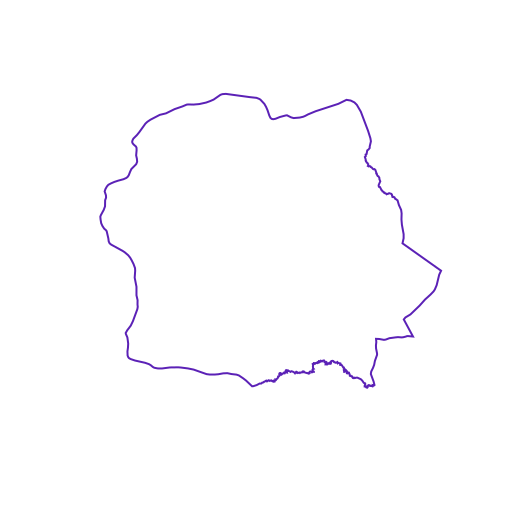 outline of Pakham, Buri Ram, Thailand, rotated 62°
{"feature_id": "78962969B25022287440202", "entity_name": "Pakham", "entity_type": "district", "adm_level": 2, "iso_a3": "THA", "parent_name": "Thailand", "parent_adm1": "Buri Ram", "projection": "orthographic", "projection_center": [102.732, 14.398], "detail": "fine", "context": "isolated", "style": "outline", "palette": "violet", "viewbox_px": 512, "rotation_deg": 62, "n_neighbors": 0, "source": "geoboundaries", "source_scale": "gbopen_adm2", "svg_char_len": 6110}
<svg xmlns="http://www.w3.org/2000/svg" viewBox="0 0 512 512"><g transform="rotate(62 256 256)"><path d="M400.8,155.2L381.4,155.3L380.4,152.9L380.1,147.1L376.6,134.8L373.8,127.2L372.0,120.1L370.6,115.8L369.5,113.8L366.6,110.2L358.5,103.0L355.9,99.5L313.6,120.7L309.6,117.3L306.0,115.4L296.9,112.5L292.0,110.4L286.7,107.4L283.4,106.2L278.1,105.9L273.3,104.9L272.4,105.4L271.8,105.5L271.1,106.2L270.0,106.3L269.5,106.1L268.7,106.5L268.4,107.1L267.8,107.3L268.0,107.7L267.9,107.8L267.2,107.4L266.6,107.6L265.8,107.2L264.7,107.3L263.0,109.0L263.1,110.5L262.7,111.0L262.8,111.7L261.6,112.1L261.0,112.8L260.4,112.8L260.3,113.2L259.0,113.4L258.4,114.0L257.4,113.9L256.5,114.3L255.7,114.2L253.3,114.2L252.8,114.9L251.6,114.8L250.7,114.1L248.4,111.2L246.2,111.0L244.9,110.4L243.1,110.5L242.6,111.0L241.7,111.1L240.0,110.7L239.6,111.1L239.0,110.7L236.0,110.2L234.9,110.6L234.7,111.4L234.0,111.9L232.1,112.3L231.4,112.9L230.6,112.9L230.0,113.4L229.8,114.5L229.1,114.9L229.0,114.6L227.6,113.8L227.1,114.0L226.2,113.9L225.5,114.4L224.7,114.3L224.1,114.5L223.8,114.2L223.0,114.3L222.2,113.8L219.7,113.4L219.3,112.1L217.9,111.6L217.9,110.5L215.0,108.2L214.8,106.7L214.0,104.9L212.7,104.2L208.7,100.7L205.7,99.7L198.1,98.3L177.8,95.7L169.9,96.0L166.6,97.0L163.2,99.4L160.6,102.8L160.3,111.9L156.2,135.3L155.4,143.5L155.4,146.9L155.2,149.0L154.3,152.4L151.9,158.0L150.1,159.9L146.3,162.6L145.8,164.0L144.5,169.6L144.0,174.3L143.3,176.6L142.3,177.8L140.8,178.4L138.2,178.3L132.8,177.4L129.1,177.1L125.6,177.2L120.0,178.7L118.7,179.5L116.6,181.3L112.8,186.9L98.7,206.5L97.3,209.7L97.0,211.7L98.0,220.0L97.7,223.8L97.1,228.0L95.2,234.8L92.9,240.2L90.4,244.6L89.8,246.1L89.4,250.7L88.1,258.9L87.8,268.5L86.2,274.7L86.1,285.1L86.5,288.9L87.2,291.5L91.9,301.0L93.3,304.3L94.8,309.2L95.8,310.6L96.7,311.5L97.5,311.9L98.7,312.0L100.1,311.7L103.0,310.6L104.4,310.7L106.6,311.8L110.9,314.6L114.2,315.5L117.0,316.7L118.7,318.7L120.7,325.2L122.5,327.6L125.0,330.5L125.9,332.3L126.2,333.9L126.0,336.9L124.8,342.2L124.1,346.2L123.8,349.9L123.8,352.9L124.6,355.0L126.2,357.5L127.9,359.3L132.0,360.0L134.1,361.0L135.9,363.0L141.3,366.0L143.8,368.8L147.1,373.8L148.2,375.0L150.8,376.1L154.4,377.3L157.4,377.5L160.6,377.2L162.6,376.4L164.0,376.2L171.1,378.1L174.0,379.2L176.1,379.3L178.0,378.5L189.0,371.3L191.0,370.2L195.3,368.5L198.4,367.9L201.5,367.8L205.5,367.9L209.9,368.5L212.3,369.6L218.2,373.3L227.1,376.0L234.6,380.0L239.4,381.3L243.2,383.4L245.4,384.3L247.3,385.8L255.7,395.2L258.7,399.3L261.1,404.5L262.8,407.2L263.8,407.5L267.5,407.8L270.0,408.7L273.4,410.0L276.7,412.0L279.9,414.3L283.6,416.1L285.3,416.3L286.5,416.1L288.1,415.1L291.5,411.9L298.2,404.1L301.2,401.3L303.0,400.2L305.5,399.2L306.9,398.3L309.1,395.6L311.1,392.0L314.0,384.3L317.8,376.9L319.2,374.7L323.3,368.9L327.0,364.4L337.1,355.1L338.8,352.7L341.2,348.3L342.7,344.8L344.2,340.1L346.0,336.3L348.7,333.1L351.6,328.9L353.4,327.2L357.9,324.8L361.2,323.3L369.2,320.6L369.7,319.4L370.3,316.0L370.3,312.7L371.1,311.1L370.7,310.0L371.1,308.8L370.8,308.1L371.0,307.6L370.8,306.0L370.9,305.2L371.1,305.0L371.6,305.3L371.9,305.2L371.7,303.0L372.8,302.5L372.9,301.0L373.8,300.7L375.1,299.7L374.9,299.1L374.2,299.4L374.3,298.9L375.5,298.4L375.2,298.0L374.6,297.7L374.7,297.2L374.2,296.9L374.8,296.5L374.3,295.6L374.2,294.6L373.5,293.4L372.8,293.1L373.0,292.4L372.5,290.9L371.7,291.1L371.1,290.9L371.0,290.6L371.7,289.8L370.7,289.7L370.9,289.2L372.7,289.0L372.3,287.4L372.5,287.0L372.2,286.3L373.0,286.0L373.1,285.7L372.2,284.8L373.4,283.4L372.3,283.1L371.9,283.6L371.4,283.8L371.0,283.4L370.9,282.9L371.5,282.4L371.7,281.9L372.4,282.1L372.2,281.6L372.3,281.3L373.0,281.1L373.6,280.4L374.5,280.0L374.4,278.8L375.4,277.8L376.8,276.9L377.7,276.7L377.3,276.2L377.3,275.5L377.1,274.8L377.5,274.5L377.9,275.1L378.1,275.2L378.3,274.8L378.0,274.7L378.1,274.3L379.0,274.0L379.2,272.5L379.9,272.2L379.7,271.6L380.3,270.2L379.9,269.3L380.7,269.0L380.4,268.0L381.7,267.6L383.2,266.1L383.3,265.7L384.5,264.9L384.7,264.5L384.7,263.8L383.8,263.7L383.4,262.6L383.8,261.6L385.0,261.3L385.1,260.6L384.9,260.0L385.4,259.3L385.2,259.2L384.3,259.8L382.8,259.4L382.6,259.0L382.7,258.1L382.0,258.3L380.2,257.6L379.7,257.1L378.0,256.6L378.3,255.6L377.7,255.2L377.9,254.9L378.7,255.0L378.9,254.8L378.9,254.5L378.4,253.9L378.9,252.9L378.7,252.0L379.5,251.8L379.5,251.4L379.1,251.1L379.4,250.9L379.4,250.5L378.4,249.8L378.9,249.2L379.5,249.4L379.4,248.6L378.8,248.4L378.8,248.1L379.6,248.0L379.5,247.5L380.1,247.0L380.2,246.7L379.8,246.3L380.1,245.0L381.7,244.7L382.1,245.3L382.4,245.2L382.8,244.8L382.6,243.7L382.8,243.6L383.6,243.8L383.7,244.5L384.4,245.4L385.1,244.3L384.9,243.8L385.2,243.6L385.2,243.3L384.5,243.0L384.8,241.8L385.2,240.9L386.0,241.2L386.2,240.6L385.6,239.9L385.4,239.9L385.0,240.4L384.7,240.3L384.3,239.5L384.5,238.9L384.2,238.5L384.5,237.6L385.1,237.0L386.3,236.9L386.7,236.3L387.4,236.1L387.8,235.5L387.8,234.0L389.0,234.2L388.9,233.7L389.2,233.2L390.2,232.6L390.4,232.1L391.7,232.8L391.9,232.5L391.6,232.1L391.7,231.8L392.7,231.5L395.1,231.3L395.7,230.8L396.2,231.2L397.4,230.7L397.8,230.9L397.7,231.6L397.8,232.0L398.3,232.1L398.8,232.0L399.6,232.6L399.9,232.2L399.9,231.3L399.0,231.0L398.6,230.6L398.8,230.2L401.5,229.6L401.7,229.8L401.7,230.5L402.2,230.8L402.7,230.2L402.3,229.5L402.7,228.7L403.5,228.9L404.4,228.8L405.8,229.4L406.1,229.2L406.3,228.5L406.8,228.4L407.3,227.7L407.7,227.7L408.2,227.9L409.3,227.7L409.6,227.3L409.4,226.5L410.2,226.1L410.4,224.8L411.0,223.6L414.0,221.3L415.9,220.7L418.6,220.4L419.7,219.4L420.4,219.6L421.2,220.7L422.2,221.3L422.6,220.6L423.7,220.4L424.5,219.7L424.4,219.3L423.6,219.4L423.1,219.0L423.4,218.4L422.9,217.8L422.9,217.0L423.1,216.8L423.6,217.0L423.8,216.9L424.0,216.0L424.6,215.8L425.2,214.8L425.9,214.2L425.6,213.5L425.1,213.9L424.7,213.7L425.7,212.7L425.6,212.3L425.2,212.2L425.3,211.9L422.0,211.1L414.1,210.0L412.1,208.5L409.7,205.2L407.6,202.8L404.5,200.3L400.1,195.5L398.7,194.8L394.0,193.4L391.3,192.1L388.5,190.2L385.5,188.9L387.1,186.2L390.1,182.4L390.7,180.7L391.2,176.8L393.4,170.9L394.3,168.7L396.2,165.7L396.8,164.3L397.5,161.5L397.6,160.5L398.0,159.5L400.8,155.2Z" fill="none" stroke="#5b21b6" stroke-width="2"/></g></svg>